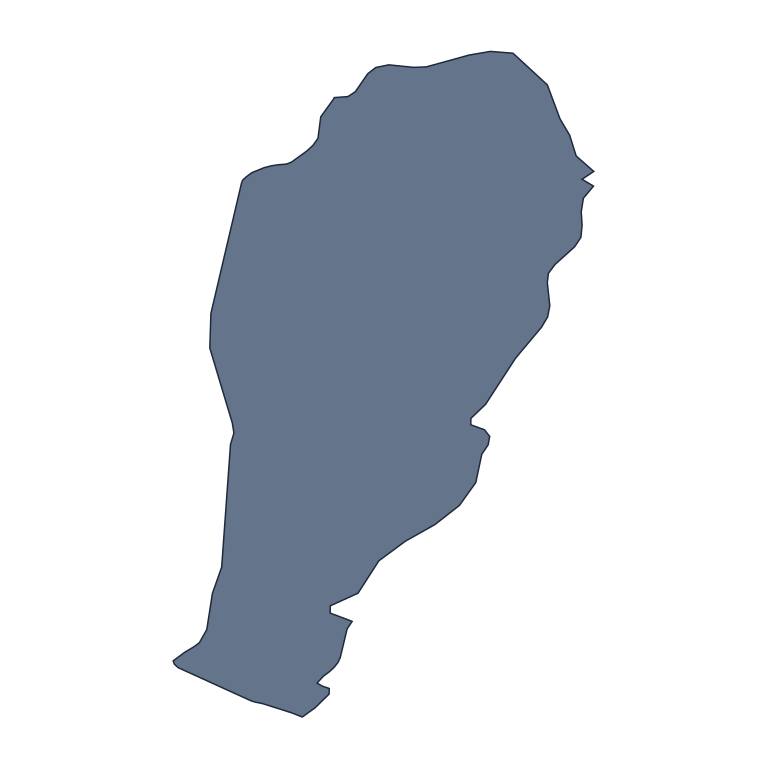 the border of Medimurska, rotated 91°
{"feature_id": "HRV-1609", "entity_name": "Medimurska", "entity_type": "County", "adm_level": 1, "iso_a3": "HRV", "parent_name": "Croatia", "parent_adm1": "", "projection": "albers", "projection_center": [16.526, 46.414], "detail": "fine", "context": "isolated", "style": "filled", "palette": "slate", "viewbox_px": 768, "rotation_deg": 91, "n_neighbors": 0, "source": "natural_earth", "source_scale": "10m", "svg_char_len": 1332}
<svg xmlns="http://www.w3.org/2000/svg" viewBox="0 0 768 768"><g transform="rotate(91 384 384)"><path d="M350.3,248.4L356.5,253.3L402.6,282.1L416.8,296.5L423.3,296.5L428.0,282.7L434.6,277.4L443.0,278.8L452.6,285.0L480.9,290.5L504.0,306.4L523.5,330.4L540.8,359.9L560.9,386.1L593.6,406.3L606.7,433.8L614.0,433.8L621.9,411.7L629.5,416.6L658.4,423.0L663.1,425.1L667.9,428.7L672.5,433.4L677.1,439.4L684.2,445.7L687.1,440.5L689.4,433.4L695.0,433.5L708.8,447.1L718.4,459.9L714.4,470.6L705.7,499.8L704.3,507.3L703.1,511.4L671.3,584.7L668.0,588.6L664.5,590.0L655.8,578.7L650.0,569.4L645.9,564.1L632.6,556.9L596.4,551.9L569.9,543.1L447.0,536.4L435.7,533.2L425.6,535.0L351.1,558.8L316.5,558.3L185.3,529.9L182.7,528.9L179.5,525.6L175.1,520.0L169.9,507.9L167.8,500.4L166.6,493.4L166.1,488.1L165.7,485.0L163.7,480.3L152.2,465.0L146.6,459.2L139.5,454.3L117.9,451.9L100.3,439.6L98.5,438.7L97.3,425.2L92.3,417.8L74.1,405.7L67.7,397.8L64.8,384.8L66.9,359.9L66.2,347.3L53.6,304.6L49.6,283.4L50.2,273.9L51.0,260.8L78.9,229.5L82.1,225.9L115.7,212.7L122.3,208.7L132.0,202.7L152.7,195.8L163.7,182.8L167.8,178.0L175.4,188.9L175.8,189.6L182.5,178.0L194.8,187.9L208.3,189.8L221.9,188.7L234.0,189.7L243.5,195.8L261.4,215.0L270.4,221.5L279.6,222.5L302.8,219.6L314.0,221.5L324.5,227.5L350.3,248.4Z" fill="#64748b" stroke="#1e293b" stroke-width="1.5"/></g></svg>